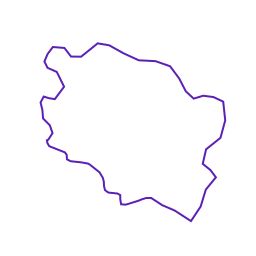 the border of Cantemir, rotated 284°
{"feature_id": "MDA-1631", "entity_name": "Cantemir", "entity_type": "District", "adm_level": 1, "iso_a3": "MDA", "parent_name": "Moldova", "parent_adm1": "", "projection": "mercator", "projection_center": [28.284, 46.256], "detail": "fine", "context": "isolated", "style": "outline", "palette": "violet", "viewbox_px": 256, "rotation_deg": 284, "n_neighbors": 0, "source": "natural_earth", "source_scale": "10m", "svg_char_len": 908}
<svg xmlns="http://www.w3.org/2000/svg" viewBox="0 0 256 256"><g transform="rotate(284 128 128)"><path d="M52.9,211.6L59.2,193.3L61.4,179.9L65.7,167.4L64.5,162.6L62.3,158.9L60.0,155.8L53.1,144.4L52.3,139.8L56.8,137.8L61.0,136.7L61.9,133.7L60.6,124.5L62.2,120.7L65.8,118.8L70.1,117.5L73.6,115.6L78.1,111.1L83.2,99.9L83.8,98.0L83.4,91.4L81.9,80.4L82.8,76.4L87.3,74.9L89.1,72.6L91.3,56.0L93.8,53.5L96.5,52.3L97.4,53.5L104.8,56.0L111.7,51.5L116.7,43.3L124.7,40.6L131.6,37.0L138.1,38.6L137.8,44.0L138.3,50.0L152.6,56.0L165.2,45.3L166.9,35.4L172.3,30.8L180.4,32.1L188.4,35.5L190.3,46.9L183.5,55.5L185.9,65.3L202.8,78.1L203.7,89.8L199.4,105.5L196.3,122.1L199.5,138.4L198.1,153.9L188.5,165.6L177.6,175.2L172.4,184.6L177.5,193.2L178.7,203.4L176.6,214.0L158.9,220.5L140.8,220.1L126.2,208.9L111.3,209.2L107.1,218.2L101.4,225.2L87.1,218.4L69.4,217.5L52.9,211.6Z" fill="none" stroke="#5b21b6" stroke-width="2"/></g></svg>